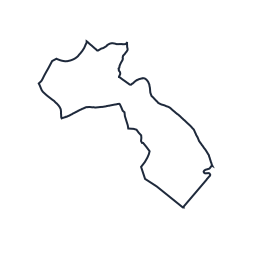 Kaffrine, Kaffrine, Senegal, rotated 153°
{"feature_id": "50182788B43046627101076", "entity_name": "Kaffrine", "entity_type": "district", "adm_level": 2, "iso_a3": "SEN", "parent_name": "Senegal", "parent_adm1": "Kaffrine", "projection": "robinson", "projection_center": [-15.471, 14.163], "detail": "fine", "context": "isolated", "style": "outline", "palette": "slate", "viewbox_px": 256, "rotation_deg": 153, "n_neighbors": 0, "source": "geoboundaries", "source_scale": "gbopen_adm2", "svg_char_len": 5782}
<svg xmlns="http://www.w3.org/2000/svg" viewBox="0 0 256 256"><g transform="rotate(153 128 128)"><path d="M90.2,204.3L90.4,204.5L90.6,204.4L91.1,204.0L92.1,203.9L92.9,204.2L94.7,205.0L95.3,205.6L96.1,205.9L97.1,206.5L98.0,206.8L98.7,207.2L100.1,207.9L100.9,208.7L101.3,209.1L102.1,209.7L102.5,210.0L102.8,210.2L103.2,210.5L103.9,210.9L104.4,211.0L105.3,211.3L106.4,211.4L107.0,211.4L107.6,211.4L108.2,211.3L108.7,211.3L109.2,211.2L110.0,210.7L110.4,210.7L110.8,210.7L111.9,210.6L113.2,210.5L114.0,210.5L115.3,210.8L115.9,210.9L116.7,210.8L117.2,210.8L117.8,210.7L119.0,210.7L119.5,210.6L119.9,210.8L120.3,211.1L120.5,211.4L120.6,212.2L120.9,212.7L121.0,213.2L121.2,213.5L121.6,214.4L121.9,215.2L122.2,216.0L122.4,216.4L123.0,218.1L123.3,218.6L123.8,219.8L124.4,221.3L124.6,222.0L124.8,222.3L124.9,222.8L125.5,224.0L125.9,223.2L126.3,222.7L127.5,221.8L128.0,221.5L128.5,221.0L130.7,219.2L133.8,217.4L134.9,216.9L135.9,216.5L136.3,216.2L138.1,215.6L140.0,214.7L141.2,214.4L141.9,214.3L142.9,214.1L144.4,214.0L145.4,214.0L146.8,214.1L148.5,214.3L151.8,215.1L153.7,216.0L155.0,216.9L156.4,218.0L157.7,219.2L159.9,221.6L160.3,222.2L165.2,222.1L171.6,217.6L173.1,216.6L175.1,215.3L178.2,213.2L180.4,211.6L181.3,210.9L182.9,209.8L183.7,209.3L184.8,208.9L186.2,208.5L187.3,208.2L187.3,206.2L187.6,202.5L187.7,200.7L187.4,198.8L185.8,194.5L185.1,192.9L182.4,187.2L181.6,185.8L181.1,184.0L180.6,182.6L180.3,182.1L179.9,180.4L179.7,179.9L179.6,179.1L179.4,177.9L179.4,176.8L179.4,175.7L179.5,175.1L180.2,173.1L180.7,172.1L181.2,171.2L181.6,170.0L182.0,169.3L182.2,168.8L182.5,168.2L182.7,167.4L182.7,166.7L181.6,166.7L181.3,166.6L180.7,166.4L179.4,166.3L179.2,166.2L178.6,166.0L178.0,166.2L177.6,165.9L176.7,165.8L176.2,165.9L175.8,165.8L175.0,165.7L174.5,165.8L174.2,165.7L173.8,165.7L173.5,165.8L172.8,165.8L172.0,165.7L171.1,165.8L170.6,165.9L168.3,165.8L167.9,165.9L167.2,165.9L166.9,165.8L166.6,165.9L166.2,165.8L165.8,165.9L165.0,165.8L164.4,166.0L164.1,165.9L163.2,165.9L162.9,165.9L162.4,165.9L162.1,165.9L161.4,165.8L160.6,165.8L160.2,165.9L159.3,165.7L158.5,165.7L158.2,165.6L157.9,165.7L157.7,165.7L157.4,165.7L156.9,165.6L156.7,165.5L156.1,165.6L155.7,165.5L155.1,165.2L154.7,165.1L154.4,164.8L153.6,164.6L153.1,164.4L152.3,163.9L151.8,163.6L151.1,163.1L150.4,162.6L149.5,162.3L148.8,161.8L148.2,161.3L147.7,161.0L146.9,160.7L146.1,160.4L145.4,160.1L144.3,159.7L143.8,159.5L143.4,159.4L142.9,159.1L142.4,159.0L141.2,158.4L138.7,157.6L137.9,157.3L136.9,157.2L136.2,156.9L135.5,156.8L134.8,156.4L134.1,156.3L130.2,155.2L129.5,155.0L128.8,154.8L128.2,154.5L127.7,154.4L127.0,154.2L126.6,154.2L126.0,153.9L124.9,153.6L124.5,152.9L124.6,149.4L124.9,145.8L124.0,143.6L125.4,139.9L127.0,130.5L128.0,127.4L123.4,124.7L121.2,122.6L120.6,118.9L119.6,115.5L120.6,113.1L122.3,110.5L122.3,108.4L121.3,107.8L120.2,102.8L119.3,97.5L121.3,95.2L124.2,92.8L128.5,90.0L134.0,87.4L135.9,74.9L128.9,62.8L115.2,32.3L114.6,32.0L114.6,32.5L81.4,46.3L80.8,46.7L80.2,46.9L78.7,47.5L78.0,47.8L77.3,48.0L76.8,48.2L76.4,48.5L76.1,48.8L75.9,49.3L76.1,50.6L76.5,51.1L77.1,51.4L78.1,51.8L79.9,52.6L80.2,53.1L80.5,53.6L80.5,54.4L80.4,54.8L80.0,55.1L79.1,55.5L78.0,55.6L76.8,55.4L76.1,55.2L75.7,55.2L74.4,54.9L73.9,54.9L73.3,55.1L72.7,55.4L72.0,55.7L71.4,56.1L70.2,56.2L70.0,55.9L70.0,57.1L69.8,58.3L69.6,59.0L69.6,59.9L69.2,61.9L69.1,62.8L68.8,64.2L68.6,66.0L68.4,66.6L68.3,67.4L68.4,68.1L68.5,68.6L68.5,69.4L68.6,70.2L68.6,70.8L68.8,72.7L68.9,73.8L69.3,75.5L69.4,76.4L69.6,78.0L69.7,78.7L69.9,79.3L70.0,80.1L70.0,80.8L70.4,82.5L70.4,83.3L70.6,84.0L70.2,88.4L70.4,89.0L70.3,89.7L70.4,90.2L70.4,91.2L70.2,92.5L70.3,93.1L70.2,94.1L70.1,95.9L70.1,96.7L70.1,96.9L70.7,98.7L70.9,99.7L71.4,101.4L71.6,102.1L72.0,103.0L72.1,103.5L72.5,104.4L73.3,106.6L73.5,107.3L73.8,108.0L74.0,108.8L74.3,109.5L74.7,110.2L74.9,111.0L75.1,111.6L75.5,112.5L75.8,113.4L76.3,115.0L76.6,115.5L77.0,116.8L77.4,117.5L77.9,118.3L78.1,119.0L78.4,119.5L78.7,120.1L78.8,120.6L79.2,121.5L79.5,122.2L80.2,123.8L80.4,124.4L80.7,125.1L80.9,125.8L81.6,127.3L82.1,128.0L82.6,128.7L83.1,129.2L83.5,129.6L83.9,129.9L84.7,131.0L85.3,131.7L86.9,133.2L87.4,133.6L87.7,134.0L88.1,134.4L88.5,135.0L89.3,136.1L89.6,136.5L89.8,137.0L89.9,137.8L90.2,138.8L90.3,139.0L90.6,139.8L90.8,140.6L91.3,142.2L91.7,143.8L92.0,144.5L92.2,145.1L92.5,145.8L92.2,148.3L92.1,148.9L92.1,149.3L91.8,149.9L91.7,150.3L91.3,151.3L90.9,152.2L90.2,154.0L90.0,154.8L89.7,155.9L89.3,157.0L89.1,160.0L89.4,161.8L89.8,163.1L90.5,164.4L90.9,164.8L91.2,165.0L91.7,165.4L92.0,165.6L92.3,165.7L92.8,165.7L92.9,165.9L93.8,166.0L94.3,166.2L94.8,166.2L95.3,166.4L95.7,166.5L96.1,166.5L96.6,166.5L96.9,166.6L97.3,166.5L97.9,166.6L98.4,166.7L98.7,166.5L99.3,166.6L99.8,166.5L100.3,166.4L101.1,166.2L101.6,166.1L101.9,166.0L102.5,165.8L103.2,165.6L103.5,165.6L103.8,165.5L104.3,165.6L105.3,165.3L105.6,165.2L106.0,165.4L106.6,165.8L106.8,166.0L107.0,166.3L107.2,166.8L108.0,168.4L108.2,168.7L108.6,169.5L108.8,170.0L109.1,170.4L109.2,170.8L109.5,171.2L109.7,171.7L109.9,172.1L110.3,172.6L110.5,173.1L110.7,173.5L111.5,175.1L111.7,175.6L112.1,176.3L112.5,177.2L112.9,177.5L112.7,177.9L112.4,178.1L112.1,178.3L110.8,179.3L110.4,179.7L110.1,180.3L109.8,181.3L109.8,181.9L110.1,183.3L110.0,183.5L109.8,183.8L109.7,184.0L109.6,184.3L109.6,184.8L109.5,185.1L109.4,185.3L109.2,185.4L108.5,185.6L108.2,185.9L107.3,187.2L106.8,187.6L106.4,188.0L104.3,189.6L102.2,190.9L101.6,191.6L101.3,191.8L101.1,192.1L101.0,192.6L100.6,193.5L100.2,193.8L99.9,194.2L99.7,194.5L99.4,194.7L98.8,194.9L98.3,195.1L97.9,195.2L97.1,195.5L96.6,195.8L95.8,196.2L95.4,196.4L95.0,196.5L94.9,196.6L94.6,196.7L94.1,197.0L93.3,197.5L92.9,197.8L92.7,198.2L92.4,198.8L92.3,199.2L92.2,199.6L92.1,200.2L91.8,201.0L91.4,201.7L91.3,202.1L90.9,202.9L90.7,203.4L90.5,203.8L90.2,204.3Z" fill="none" stroke="#1e293b" stroke-width="2"/></g></svg>